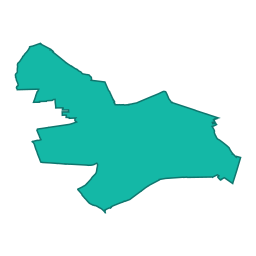 Tytsjerksteradiel, Friesland, Netherlands (Natural Earth projection)
{"feature_id": "6326949B88098552401635", "entity_name": "Tytsjerksteradiel", "entity_type": "district", "adm_level": 2, "iso_a3": "NLD", "parent_name": "Netherlands", "parent_adm1": "Friesland", "projection": "natural_earth1", "projection_center": [5.945, 53.205], "detail": "fine", "context": "isolated", "style": "filled", "palette": "teal", "viewbox_px": 256, "rotation_deg": 0, "n_neighbors": 0, "source": "geoboundaries", "source_scale": "gbopen_adm2", "svg_char_len": 5416}
<svg xmlns="http://www.w3.org/2000/svg" viewBox="0 0 256 256"><path d="M165.6,91.7L164.1,91.4L163.7,91.4L163.2,91.5L162.6,91.8L162.1,92.0L158.6,93.7L154.3,95.5L151.3,96.7L139.5,101.7L138.5,102.1L136.8,102.9L132.7,103.7L131.7,104.0L128.9,104.4L128.5,104.5L128.6,104.9L126.6,104.8L125.8,105.0L125.2,104.9L124.6,105.1L123.7,104.7L121.2,104.8L120.9,104.9L119.8,104.7L118.4,104.8L117.9,104.8L115.2,104.7L114.8,103.9L114.8,103.5L114.5,103.4L114.0,102.4L114.3,102.3L114.5,102.2L114.6,101.9L114.5,101.7L114.4,101.4L114.2,101.2L114.1,100.9L113.7,100.5L113.8,100.5L113.5,99.9L113.0,99.2L112.6,98.3L112.0,97.2L111.5,95.9L111.0,95.0L110.8,94.4L109.8,92.3L109.6,91.7L109.5,91.4L109.2,91.2L108.6,90.5L108.2,89.7L104.9,82.0L91.2,80.3L91.4,80.0L91.6,79.4L91.5,79.1L91.5,78.8L91.4,77.7L91.2,77.1L90.5,76.6L89.1,75.0L87.7,74.7L87.2,74.6L86.6,74.6L83.0,73.9L82.4,73.7L81.9,73.3L81.4,72.5L81.2,72.3L80.4,71.7L79.1,71.1L78.7,70.8L78.2,70.4L77.3,69.6L77.2,69.7L76.4,69.1L76.1,69.0L76.0,68.9L75.6,68.8L75.0,68.5L71.5,66.1L71.4,66.3L67.6,63.8L65.7,62.4L65.6,62.5L65.2,62.0L64.6,61.5L64.3,61.2L63.0,60.2L60.7,58.3L52.7,51.9L53.2,51.6L52.8,51.2L52.6,50.7L50.8,49.8L50.7,49.8L51.0,49.5L50.9,49.4L40.4,43.9L40.8,43.7L40.3,43.3L39.4,43.8L38.8,43.9L34.9,45.3L32.6,46.1L29.8,46.7L29.6,46.9L29.5,47.1L29.5,47.8L29.5,48.0L28.7,49.1L28.2,50.0L27.5,51.0L26.8,51.8L26.7,52.1L25.6,53.1L24.4,54.5L24.3,54.9L23.7,55.7L22.8,56.4L22.6,56.8L22.6,57.2L21.9,58.2L19.7,61.5L18.9,62.3L18.7,62.5L17.9,63.2L17.7,63.6L17.5,64.4L17.4,64.8L17.6,66.5L17.5,67.4L17.3,68.9L17.3,69.8L17.3,72.0L17.0,72.7L15.8,73.9L15.5,74.4L15.4,75.2L15.6,76.4L15.6,77.1L15.8,77.1L15.9,77.8L16.2,78.8L16.5,80.4L16.7,80.8L17.1,81.5L17.2,81.9L17.6,82.8L18.0,84.0L18.1,84.8L18.1,85.5L17.2,86.2L17.4,86.3L16.8,86.9L16.6,87.2L16.4,87.8L16.7,88.5L17.3,89.4L17.3,89.7L32.5,89.3L37.0,89.2L38.7,89.3L38.3,90.1L37.9,91.1L37.6,91.4L37.0,92.0L36.9,92.7L36.5,93.6L36.2,94.6L35.8,95.3L35.8,95.9L35.3,97.2L35.1,98.0L34.7,99.1L34.6,99.5L34.1,100.5L33.9,101.3L33.5,102.3L39.6,102.2L39.5,101.5L46.2,101.3L46.2,101.2L47.0,100.8L47.3,100.7L52.2,100.4L52.7,100.1L53.0,99.7L53.5,99.5L55.1,99.4L55.2,102.3L55.7,106.2L55.7,107.9L63.0,107.8L63.1,108.3L62.6,108.4L62.4,110.0L66.1,110.0L68.5,109.9L68.6,110.7L68.4,111.2L68.6,111.5L68.7,111.9L62.2,111.9L62.3,115.3L64.4,115.1L66.4,115.2L66.1,117.4L69.3,117.6L69.3,118.3L75.6,118.0L75.0,118.7L74.9,119.0L74.9,119.4L75.0,120.0L74.9,120.5L75.2,120.9L75.4,121.1L76.2,121.6L76.6,122.0L72.7,123.4L71.1,123.9L69.3,124.4L67.2,124.7L50.2,127.2L49.8,127.3L48.6,127.3L48.3,127.5L41.0,128.6L40.7,128.6L37.5,129.1L37.5,129.5L37.3,130.0L36.9,130.2L37.4,131.5L38.5,134.1L38.6,134.5L39.0,135.1L39.8,137.5L40.9,139.5L41.0,139.7L40.5,139.9L38.4,140.4L38.0,140.4L37.6,140.3L37.3,140.3L33.0,141.4L32.6,141.5L32.5,141.4L32.2,141.6L32.3,141.8L32.5,141.8L32.8,142.1L33.4,142.7L33.8,143.2L34.3,144.2L34.6,145.2L35.7,148.8L36.9,151.7L37.6,154.0L39.2,158.0L39.4,158.3L39.7,159.3L40.8,162.1L41.2,162.2L42.8,162.5L50.2,162.9L54.5,163.2L57.7,163.5L57.8,163.4L62.5,163.8L65.4,164.1L65.3,163.9L69.3,164.2L70.8,164.2L83.6,164.9L87.0,165.1L88.3,165.3L91.1,165.2L92.9,164.9L94.6,164.3L95.3,163.8L96.8,163.2L97.5,164.3L97.6,164.8L97.3,167.0L97.0,168.1L96.6,171.0L96.3,172.4L95.9,173.2L95.2,174.2L92.4,177.0L91.3,178.5L91.2,178.8L90.3,179.9L89.8,180.4L89.3,181.0L88.6,181.7L88.2,182.2L86.5,183.9L86.5,184.0L86.4,184.1L86.5,184.1L85.9,184.7L84.7,185.6L83.1,186.4L82.8,186.7L80.0,188.1L79.2,188.5L78.3,188.9L77.8,189.2L77.9,189.7L78.1,189.9L79.9,191.9L81.8,194.1L81.9,194.4L82.0,194.9L82.4,195.5L84.1,197.4L84.7,198.2L85.4,198.8L86.9,200.5L87.7,201.5L89.0,202.8L89.4,203.3L89.6,203.3L90.9,204.1L92.1,204.6L92.5,205.0L93.1,205.0L94.4,205.5L95.5,205.6L96.0,205.8L96.8,206.2L98.3,207.0L98.6,207.3L100.4,208.2L101.5,208.8L103.6,210.7L104.9,212.2L105.2,212.7L105.3,212.7L104.9,210.8L104.9,210.4L105.0,210.4L105.3,210.3L105.2,209.8L108.6,208.2L109.2,208.0L109.6,207.9L110.5,208.1L110.7,207.8L111.2,207.4L111.0,207.0L111.3,206.7L112.0,206.5L112.2,206.2L112.5,206.1L114.1,205.4L115.0,205.0L116.2,204.6L116.5,204.4L121.1,202.6L121.8,202.4L123.0,202.0L124.2,201.1L124.7,201.4L129.8,199.5L135.8,195.0L140.8,191.3L141.1,191.1L141.3,191.1L141.5,190.8L143.6,189.2L143.9,189.0L144.6,188.4L147.7,186.2L147.8,186.3L149.0,185.5L149.3,185.2L159.4,179.9L159.3,179.5L159.8,179.4L165.7,178.4L183.3,177.2L183.6,177.4L186.7,177.1L186.8,177.1L187.0,177.3L187.5,177.4L188.1,177.4L212.1,177.0L212.5,177.3L213.1,176.9L217.4,174.8L218.9,175.9L218.4,176.4L217.9,176.6L217.8,177.0L217.9,177.3L219.0,178.6L220.3,179.9L220.4,179.7L221.4,179.2L221.6,179.5L221.9,179.2L222.4,178.7L224.3,177.7L232.7,183.5L233.1,182.0L234.4,178.0L236.9,170.0L240.6,157.5L236.5,156.4L236.2,157.2L233.3,154.2L232.7,154.1L232.9,153.9L231.8,152.5L230.7,150.9L230.7,150.7L230.3,150.2L229.8,149.3L229.2,148.0L228.9,147.6L226.6,145.5L222.3,142.1L219.6,140.1L217.8,139.1L217.5,139.0L216.5,137.5L215.6,135.6L215.1,134.8L214.3,132.6L214.3,132.0L214.5,131.1L214.2,130.2L213.3,128.5L212.1,126.4L213.3,126.1L213.6,126.0L214.5,125.6L216.5,124.6L216.3,124.4L215.6,123.1L212.7,123.6L212.7,123.4L212.3,122.4L214.8,121.9L214.7,121.6L214.7,121.4L214.4,120.8L214.2,120.5L213.4,119.8L213.5,119.7L214.6,119.4L215.2,119.2L214.7,119.1L214.6,118.9L218.2,117.9L195.9,110.6L195.1,110.2L172.4,102.7L172.3,102.4L171.5,102.6L171.4,102.5L171.3,102.1L170.7,101.2L168.9,98.9L168.5,98.0L168.3,97.4L167.4,95.3L166.6,93.5L165.6,91.7Z" fill="#14b8a6" stroke="#0f766e" stroke-width="1.5"/></svg>